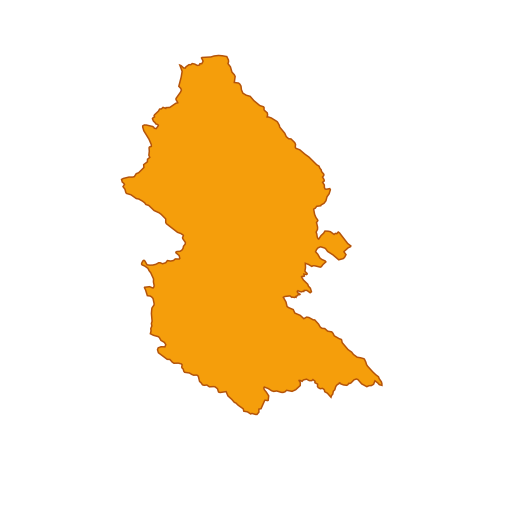 the district of An Lao, Bình Định, Vietnam, rotated 309°
{"feature_id": "81297802B61161719512326", "entity_name": "An Lao", "entity_type": "district", "adm_level": 2, "iso_a3": "VNM", "parent_name": "Vietnam", "parent_adm1": "Bình Định", "projection": "equal_earth", "projection_center": [108.793, 14.534], "detail": "fine", "context": "isolated", "style": "filled", "palette": "amber", "viewbox_px": 512, "rotation_deg": 309, "n_neighbors": 0, "source": "geoboundaries", "source_scale": "gbopen_adm2", "svg_char_len": 6099}
<svg xmlns="http://www.w3.org/2000/svg" viewBox="0 0 512 512"><g transform="rotate(309 256 256)"><path d="M392.6,107.8L390.4,103.8L388.3,100.7L385.0,97.5L382.3,95.7L376.3,89.1L375.6,89.0L374.3,92.0L373.8,92.4L371.3,92.8L370.2,91.4L369.0,91.9L367.5,90.9L367.1,90.2L366.6,87.6L365.4,85.3L363.7,85.0L362.5,83.5L359.0,82.5L357.6,82.8L356.6,81.4L356.8,77.9L356.4,76.7L353.0,82.4L347.9,85.3L339.3,89.2L338.9,92.0L338.0,93.6L335.8,94.2L328.1,94.7L327.2,95.4L326.1,98.5L325.8,98.8L324.3,97.6L317.2,95.5L314.7,92.7L313.9,93.0L313.0,90.2L310.8,89.9L309.5,88.6L307.2,89.0L302.0,88.3L301.1,88.4L300.2,89.6L298.7,89.0L297.5,89.1L296.2,91.5L296.1,93.6L295.6,95.0L296.2,96.6L296.2,97.8L295.6,98.1L292.2,98.3L291.3,96.6L291.7,95.4L291.6,94.2L288.8,88.4L287.6,86.8L286.1,86.1L285.6,86.2L284.7,87.1L282.7,90.0L279.4,99.4L276.7,104.5L275.3,105.7L273.7,104.6L272.8,104.8L270.2,107.2L266.9,109.3L265.8,111.4L262.9,110.8L260.9,112.3L256.3,111.2L254.2,113.2L246.9,112.4L244.6,111.1L241.1,111.5L239.6,110.4L237.4,107.6L232.8,104.1L230.9,103.3L229.3,105.5L229.3,107.3L228.9,108.7L226.2,109.0L225.4,112.2L223.6,114.6L223.1,115.9L224.9,120.3L225.3,126.8L226.5,129.0L227.2,133.2L227.3,136.0L226.7,137.9L227.8,140.9L227.2,148.2L228.6,153.6L228.7,156.0L228.0,162.5L225.2,164.8L224.7,166.1L225.0,180.1L226.2,183.5L226.4,186.3L226.1,186.8L224.1,187.3L223.4,188.1L222.1,192.6L220.7,193.5L218.0,193.5L216.0,194.5L214.1,194.7L212.0,194.1L209.7,191.7L208.7,191.3L208.1,191.7L208.0,196.0L206.2,198.3L205.3,198.2L202.9,195.1L200.6,194.7L198.4,192.9L196.7,190.0L194.0,190.1L191.2,188.3L190.4,185.7L189.5,184.6L186.7,183.5L184.0,181.5L182.0,179.2L180.6,176.9L182.2,172.8L182.2,171.7L181.7,171.3L180.8,171.2L178.4,171.7L177.6,172.3L177.4,173.0L178.2,176.0L178.4,179.8L177.3,182.2L176.7,184.8L173.7,190.8L171.3,192.6L169.0,195.4L168.0,196.0L166.6,196.2L166.1,195.6L165.2,192.6L161.6,189.1L161.2,189.2L160.2,191.4L156.8,196.5L158.3,199.0L158.5,200.6L158.2,202.7L154.7,207.0L153.6,207.6L150.4,207.8L149.3,208.3L145.5,210.9L139.9,216.3L137.7,217.2L136.1,219.1L133.4,219.9L131.7,221.6L129.1,222.8L129.8,226.1L131.9,231.0L131.7,232.5L130.6,235.2L131.2,239.2L130.3,241.7L128.1,242.4L125.7,239.3L123.1,237.8L121.2,238.4L119.4,241.0L119.8,252.0L121.4,254.2L120.8,257.7L121.0,259.7L123.9,263.1L125.2,266.0L124.9,267.1L122.9,268.2L122.4,269.2L122.3,270.6L121.0,272.4L120.7,273.7L123.2,277.9L123.5,280.4L124.1,282.5L126.1,284.8L126.4,285.8L126.1,287.0L123.0,291.1L122.9,293.1L122.2,295.5L122.9,297.1L124.8,299.0L125.0,302.1L127.8,305.2L128.6,306.6L128.6,309.6L126.8,312.3L126.8,312.9L127.4,314.1L131.8,318.1L129.6,322.2L129.3,327.6L128.6,331.3L129.1,332.7L128.8,336.2L129.2,342.2L127.7,344.2L129.5,347.4L129.9,351.3L131.1,351.9L132.6,355.4L133.5,356.5L136.5,356.5L138.8,354.6L140.5,356.0L149.4,353.6L149.9,354.1L150.9,356.0L151.5,356.3L155.3,353.9L156.7,349.7L157.3,346.7L158.3,345.1L159.4,344.9L160.7,348.9L161.1,352.9L161.9,355.0L164.1,357.0L166.0,361.6L167.0,362.9L168.7,364.0L170.9,364.3L173.5,369.2L177.0,371.0L183.1,371.9L185.2,370.4L185.9,369.3L186.2,367.9L186.5,367.8L187.3,369.1L187.5,370.7L189.5,370.8L192.1,372.8L192.7,375.9L194.2,377.8L195.8,378.0L195.8,380.7L194.6,381.5L195.2,384.5L193.3,385.9L192.9,387.2L193.3,389.5L194.9,390.9L195.1,392.1L195.0,393.3L193.8,394.8L194.3,397.8L193.4,403.2L195.2,402.5L196.8,402.6L199.6,401.2L201.6,401.4L204.8,400.1L207.3,400.1L208.8,400.8L209.8,400.6L210.2,401.0L209.9,402.1L210.9,405.2L212.6,407.9L213.6,408.3L215.6,408.3L215.9,409.1L217.2,409.7L221.5,410.1L223.6,411.4L224.1,413.0L223.1,418.6L224.2,424.4L226.3,425.4L227.9,427.2L230.3,428.1L233.9,427.0L234.0,430.4L233.6,432.8L234.7,435.3L236.0,434.2L237.1,432.7L238.2,428.9L239.2,427.2L239.1,423.9L239.4,419.8L240.6,412.0L241.2,410.2L242.6,408.2L244.1,405.1L244.0,404.3L242.7,401.3L241.0,398.3L240.8,393.7L241.5,390.8L241.2,386.4L242.9,377.5L244.7,375.3L244.8,374.6L244.1,372.7L243.2,367.1L244.4,364.4L244.7,362.6L242.7,359.0L242.9,355.1L241.4,352.9L241.2,351.5L241.3,350.3L242.4,347.6L243.3,341.8L242.4,340.7L241.5,335.8L240.4,333.8L237.4,332.6L237.7,327.8L236.1,322.1L237.8,318.6L236.4,313.8L236.3,311.9L239.1,308.3L241.1,303.2L241.7,303.4L242.8,304.0L246.2,307.3L246.4,307.8L246.4,309.8L247.0,310.2L248.0,312.1L248.8,312.3L249.1,313.1L249.9,312.5L251.5,313.3L252.7,313.0L253.4,314.3L254.0,314.3L253.7,311.3L254.5,310.3L255.5,310.4L255.8,312.1L256.8,314.0L257.8,314.5L258.5,315.5L259.6,315.1L261.3,317.2L261.5,321.2L263.1,321.6L265.2,318.5L265.5,315.8L266.6,314.0L267.2,307.9L268.4,304.5L269.2,304.6L270.1,305.9L270.8,306.2L272.1,304.6L273.3,306.9L274.2,307.1L274.6,306.7L274.8,304.4L275.1,303.5L278.1,301.8L281.4,298.9L282.5,302.2L283.0,305.9L284.4,306.5L285.4,307.9L287.8,313.0L288.8,313.5L291.5,313.4L295.4,314.0L295.7,312.8L294.7,309.1L294.7,306.9L296.3,302.8L296.8,299.6L299.2,299.0L301.5,299.1L303.8,300.4L305.4,304.4L305.4,305.8L304.6,308.8L305.3,315.0L305.1,322.7L308.8,325.4L310.5,325.7L313.7,325.1L314.6,321.7L314.9,321.6L320.5,322.5L322.7,323.6L323.5,323.4L323.4,319.4L326.5,306.4L326.4,304.8L324.2,304.7L323.5,303.4L321.9,303.1L321.7,298.5L320.7,296.5L318.8,293.9L316.3,294.2L312.8,293.7L308.6,294.1L308.5,293.1L309.4,291.5L311.4,289.3L312.4,287.7L315.5,287.0L317.2,285.7L320.1,281.9L322.4,281.8L322.9,281.0L323.6,278.4L325.2,275.4L328.5,271.5L329.2,271.4L330.4,272.0L332.8,271.9L335.8,274.7L336.7,274.5L339.8,275.7L342.9,275.6L346.7,273.9L350.3,273.7L354.3,272.1L354.8,270.9L352.4,268.9L351.7,267.9L351.6,267.4L352.3,266.0L354.2,264.4L355.2,261.4L357.3,261.8L358.3,260.6L359.2,258.0L361.2,258.0L362.2,257.3L362.9,253.8L364.0,252.4L364.4,250.4L365.5,248.4L365.1,245.8L366.2,234.9L365.9,229.8L366.1,223.3L364.8,219.2L365.2,218.1L367.6,216.5L368.5,214.7L369.0,209.5L367.7,207.6L367.8,204.4L369.5,201.1L371.1,193.3L372.2,191.9L373.6,188.5L373.7,187.4L372.9,181.0L371.8,178.0L371.1,177.1L373.0,176.2L374.3,174.7L374.5,170.7L375.0,169.9L376.3,169.0L376.7,168.0L375.3,164.2L375.4,156.6L376.4,151.0L374.8,147.2L374.3,143.3L376.0,140.1L378.6,137.4L379.4,135.3L379.4,133.6L377.2,129.9L382.4,126.8L383.2,125.1L383.8,121.5L386.9,117.1L387.9,113.1L389.6,112.5L391.0,111.2L392.6,107.8Z" fill="#f59e0b" stroke="#b45309" stroke-width="1.5"/></g></svg>